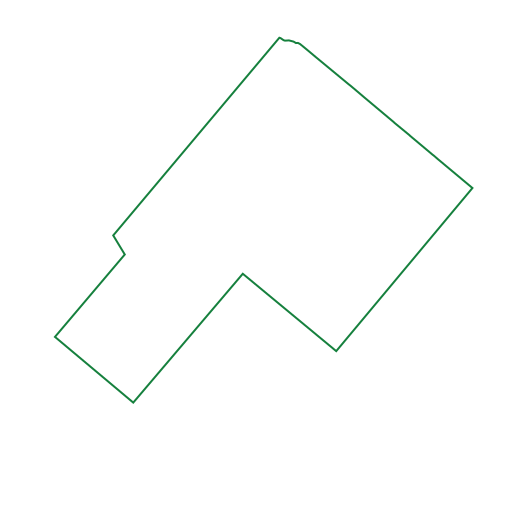 the district of Grant, South Dakota, United States of America, rotated 310°
{"feature_id": "52423323B32271032546928", "entity_name": "Grant", "entity_type": "district", "adm_level": 2, "iso_a3": "USA", "parent_name": "United States of America", "parent_adm1": "South Dakota", "projection": "mercator", "projection_center": [-96.565, 45.152], "detail": "fine", "context": "isolated", "style": "outline", "palette": "green", "viewbox_px": 512, "rotation_deg": 310, "n_neighbors": 0, "source": "geoboundaries", "source_scale": "gbopen_adm2", "svg_char_len": 536}
<svg xmlns="http://www.w3.org/2000/svg" viewBox="0 0 512 512"><g transform="rotate(310 256 256)"><path d="M447.2,378.1L447.1,332.8L447.2,327.4L447.1,326.4L447.1,296.8L447.2,295.9L447.0,276.6L447.1,275.7L447.1,237.5L447.2,220.3L447.2,219.1L447.1,216.2L446.8,174.1L446.8,163.3L446.7,153.6L446.2,151.2L444.8,149.7L444.4,147.0L442.3,142.6L440.0,140.2L439.3,139.2L439.0,137.9L438.7,134.8L438.2,133.6L180.0,133.4L172.8,154.5L64.8,154.0L64.8,256.2L233.9,257.3L234.7,378.6L447.2,378.1Z" fill="none" stroke="#15803d" stroke-width="2"/></g></svg>